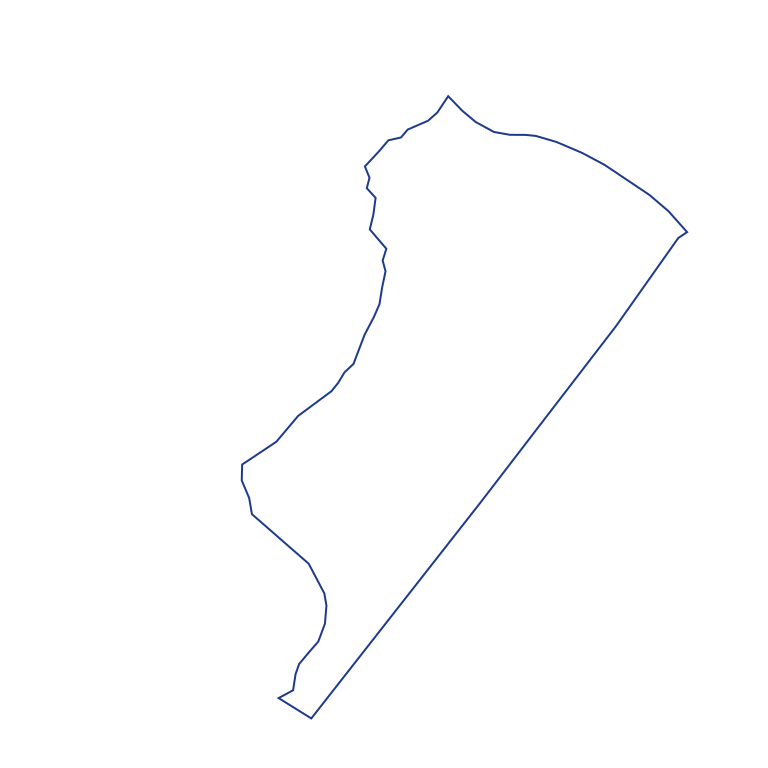 the district of Lupionópolis, Paraná, Brazil, rotated 38°
{"feature_id": "56859067B97395600042242", "entity_name": "Lupionópolis", "entity_type": "district", "adm_level": 2, "iso_a3": "BRA", "parent_name": "Brazil", "parent_adm1": "Paraná", "projection": "robinson", "projection_center": [-51.683, -22.744], "detail": "fine", "context": "isolated", "style": "outline", "palette": "blue", "viewbox_px": 768, "rotation_deg": 38, "n_neighbors": 0, "source": "geoboundaries", "source_scale": "gbopen_adm2", "svg_char_len": 877}
<svg xmlns="http://www.w3.org/2000/svg" viewBox="0 0 768 768"><g transform="rotate(38 384 384)"><path d="M257.4,117.7L258.9,137.2L256.6,149.5L251.2,159.4L246.0,169.0L245.6,179.3L237.4,189.3L236.8,203.8L235.0,224.3L245.6,230.4L249.9,240.3L262.8,242.5L271.4,257.2L277.6,270.9L302.6,276.0L306.9,287.5L315.8,294.2L323.1,309.1L331.3,323.9L334.7,337.1L338.4,357.2L347.6,387.0L345.7,399.1L347.2,411.5L347.0,422.1L336.0,461.9L334.7,495.8L321.8,534.8L331.3,547.6L348.0,556.9L360.1,567.9L395.0,569.8L435.4,572.0L466.0,585.8L475.1,594.1L485.0,609.2L490.8,627.4L490.1,640.1L489.5,656.8L492.9,667.0L500.9,681.3L494.3,696.4L532.6,692.3L533.0,416.0L532.1,313.3L531.2,195.6L526.0,87.8L529.3,77.7L501.9,72.7L477.0,71.6L423.2,75.5L397.5,80.0L370.6,87.2L351.0,95.0L342.4,100.4L329.8,110.1L315.5,117.7L294.9,121.1L277.6,120.5L257.4,117.7Z" fill="none" stroke="#1e3a8a" stroke-width="2"/></g></svg>